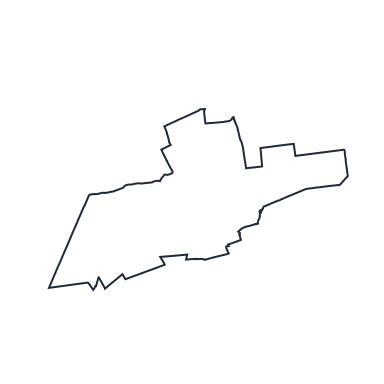 outline of Agigea, Constanta, Romania, rotated 350°
{"feature_id": "2599482B70645181256609", "entity_name": "Agigea", "entity_type": "district", "adm_level": 2, "iso_a3": "ROU", "parent_name": "Romania", "parent_adm1": "Constanta", "projection": "equal_earth", "projection_center": [28.603, 44.096], "detail": "fine", "context": "isolated", "style": "outline", "palette": "slate", "viewbox_px": 384, "rotation_deg": 350, "n_neighbors": 0, "source": "geoboundaries", "source_scale": "gbopen_adm2", "svg_char_len": 5744}
<svg xmlns="http://www.w3.org/2000/svg" viewBox="0 0 384 384"><g transform="rotate(350 192 192)"><path d="M251.2,234.8L251.3,234.6L251.4,234.4L251.5,234.3L251.4,234.2L251.3,233.9L251.4,233.7L251.6,233.2L251.8,232.6L252.3,231.6L252.4,231.4L252.7,231.0L253.2,230.4L253.5,230.1L253.7,229.8L253.9,229.4L254.3,228.8L254.4,228.3L254.4,228.0L254.5,227.4L254.6,226.9L254.8,226.5L255.0,226.1L255.2,225.5L255.3,225.3L255.5,225.0L255.6,224.8L255.8,224.8L256.0,224.9L256.0,225.1L256.1,224.8L256.2,224.6L256.3,224.4L256.2,224.3L256.0,224.6L255.9,224.6L255.7,224.5L255.5,224.3L255.3,224.1L255.2,224.0L255.1,223.7L255.1,223.2L255.2,222.7L255.4,222.3L255.6,222.1L255.9,221.9L256.2,221.8L256.4,221.7L256.7,221.8L256.8,222.0L257.0,222.5L257.3,222.6L257.5,222.6L257.7,222.2L257.9,221.7L258.3,221.1L258.4,220.8L258.6,220.6L258.9,220.6L259.0,220.6L259.0,220.4L259.2,220.1L259.4,219.8L259.8,219.1L260.2,218.8L260.8,218.7L261.6,218.5L263.8,218.1L264.9,217.8L266.6,217.4L267.9,217.0L270.9,216.4L273.2,215.9L275.2,215.4L275.6,215.4L276.0,215.4L276.2,215.5L276.7,215.4L277.2,215.3L277.7,215.0L278.0,214.8L280.0,214.4L281.5,214.1L281.8,214.0L284.6,213.3L289.0,212.3L296.0,210.8L298.6,210.2L299.1,210.2L299.4,210.1L299.6,209.9L303.0,209.2L303.8,209.0L305.0,208.9L308.0,208.9L312.4,209.2L314.3,209.2L317.1,209.3L317.7,209.5L318.3,209.6L318.7,209.6L318.9,209.6L320.1,209.5L325.6,209.8L331.1,210.1L334.3,210.4L337.2,210.5L337.9,210.9L338.3,210.8L339.0,210.5L340.4,209.5L341.7,208.4L343.9,206.7L346.5,204.6L347.5,204.1L347.9,203.7L348.2,203.2L348.3,199.5L348.5,195.1L348.6,191.0L348.7,189.9L348.8,187.4L349.1,186.7L349.0,185.7L349.0,185.1L349.1,184.2L349.1,182.0L349.2,181.1L349.5,177.4L349.2,176.9L348.8,176.7L348.5,176.7L300.1,174.4L300.5,162.3L295.2,161.9L267.1,160.6L265.5,179.0L256.3,178.5L256.3,178.4L249.4,178.0L249.4,177.8L249.4,176.9L249.5,173.4L249.5,170.3L249.6,168.4L249.6,165.3L249.7,164.1L249.7,162.7L249.7,161.6L249.8,160.3L249.8,159.2L249.9,157.7L249.8,156.9L249.8,156.1L249.7,154.5L249.6,153.3L249.5,152.4L249.4,151.4L249.4,151.2L248.9,149.7L248.6,148.6L248.5,147.8L248.3,145.2L248.3,144.1L248.2,142.3L248.1,141.4L248.1,140.4L248.0,138.8L247.9,137.0L247.7,135.8L246.7,131.0L246.1,127.6L246.0,127.1L246.0,126.8L246.0,126.7L245.9,126.8L245.9,126.7L245.6,125.5L244.9,125.6L243.8,127.0L243.4,127.5L243.2,127.6L242.7,128.0L242.4,128.1L242.0,128.3L241.9,128.3L241.7,128.4L241.2,128.5L240.8,128.6L240.5,128.6L240.3,128.6L238.2,128.5L237.4,128.5L237.0,128.4L236.5,128.4L235.6,128.5L234.5,128.5L234.2,128.4L233.1,128.3L232.6,128.3L231.7,128.2L231.1,128.2L230.3,128.1L230.0,128.0L228.1,127.9L227.0,127.8L223.8,127.5L222.2,127.3L221.6,127.2L220.2,127.1L219.3,127.0L217.8,126.9L217.3,126.9L217.1,126.8L217.2,125.0L217.3,123.3L217.7,116.7L217.8,115.3L217.9,114.6L218.3,114.0L219.1,112.6L215.9,112.2L215.0,112.0L214.2,112.0L213.8,112.3L213.4,112.7L212.9,112.9L212.4,113.1L199.3,116.5L192.5,118.2L186.8,119.7L181.5,121.1L176.2,122.6L176.3,122.8L177.3,127.9L177.5,129.2L177.5,129.4L177.6,129.5L177.5,130.2L177.8,132.6L178.1,135.0L178.1,135.7L178.2,136.9L178.1,138.5L178.2,139.0L178.3,139.3L179.1,142.0L169.2,144.9L169.8,147.4L170.5,150.0L171.2,152.2L172.0,154.7L172.8,157.2L172.6,157.2L173.8,160.8L174.8,164.0L175.3,165.3L175.7,166.6L175.9,166.8L176.1,167.0L176.4,169.1L176.2,169.6L175.9,169.9L174.9,170.2L173.7,170.5L171.8,170.8L171.1,170.9L170.8,170.8L168.0,170.1L167.2,170.8L166.6,171.3L165.8,172.0L165.0,172.6L164.4,173.1L164.0,173.6L163.5,174.3L163.2,174.6L162.3,175.8L161.7,175.5L161.3,175.3L160.7,175.2L160.3,175.1L159.8,175.0L158.7,174.9L158.4,174.9L157.2,174.9L156.9,174.9L156.6,174.9L156.2,175.0L155.9,175.1L155.6,175.2L155.2,175.4L154.9,175.4L154.5,175.5L154.3,175.6L153.9,175.6L153.5,175.6L153.2,175.6L152.8,175.5L147.7,175.1L146.1,175.1L144.2,174.9L143.6,174.9L143.3,174.8L142.9,174.8L142.6,174.6L141.7,174.2L139.2,174.0L137.8,174.0L136.7,173.9L136.1,174.0L135.1,174.1L134.5,174.1L133.4,174.1L131.7,173.8L131.1,173.7L130.3,173.7L129.5,173.7L128.7,173.8L128.2,173.9L127.9,174.0L127.2,174.2L126.9,174.3L126.7,174.4L126.5,174.5L126.4,174.6L126.2,174.8L125.6,175.2L125.1,175.7L124.7,175.9L124.4,176.0L119.9,176.8L114.7,177.8L113.5,177.7L109.3,177.9L107.9,177.9L106.5,177.7L106.3,177.7L106.3,177.8L105.6,177.8L105.3,177.8L104.9,177.6L104.1,177.2L103.8,177.2L102.8,177.3L102.7,177.3L100.9,177.4L99.6,177.5L98.5,177.5L97.3,177.5L96.3,177.4L96.0,177.3L95.3,176.9L94.9,176.9L94.3,176.9L93.3,176.9L92.6,176.9L91.5,176.9L90.6,177.1L90.3,177.2L89.9,177.4L83.9,186.8L83.3,187.1L80.3,191.7L78.6,194.4L77.4,196.1L75.8,198.5L73.5,202.1L70.8,206.2L70.0,207.4L69.2,208.6L67.6,211.0L66.8,212.2L63.3,217.7L61.9,219.8L60.9,221.3L60.5,222.0L59.9,222.9L59.4,223.6L58.4,225.2L57.3,226.8L56.6,227.9L55.3,229.8L53.9,231.9L50.6,237.1L48.9,239.6L48.4,240.4L46.9,242.5L39.7,253.6L37.6,256.8L34.5,261.6L34.8,261.6L53.1,262.3L53.5,262.3L70.8,263.0L73.2,263.1L73.7,263.1L74.6,264.4L77.7,271.2L78.6,270.3L79.2,269.8L79.3,269.6L79.7,269.1L80.4,267.9L81.1,268.1L85.0,260.0L85.4,259.9L89.6,271.9L89.6,272.0L109.2,260.9L111.3,266.3L116.4,265.4L152.5,258.9L151.5,255.6L149.5,250.4L160.7,251.5L160.8,251.5L176.4,252.8L174.4,257.5L179.9,258.0L184.7,258.6L184.6,258.9L190.0,259.6L193.0,260.7L193.0,261.0L202.3,260.1L216.7,259.2L217.5,258.9L217.1,257.5L216.6,255.6L216.4,254.9L216.2,253.7L216.1,252.6L216.2,251.6L218.8,251.6L218.3,250.1L225.1,248.9L231.8,247.7L231.6,245.1L231.5,243.6L231.4,242.8L231.3,242.4L231.2,242.1L231.8,241.9L231.7,241.1L232.0,240.6L231.4,239.9L230.6,239.1L231.1,238.8L232.0,238.2L234.6,236.7L235.5,236.3L236.1,236.2L237.3,235.9L239.8,235.5L242.0,235.4L247.9,234.8L248.1,234.6L248.4,234.4L248.6,234.4L248.9,234.5L249.0,234.6L249.2,234.8L249.6,234.8L249.7,234.7L249.9,234.7L250.1,234.7L250.3,234.7L250.7,234.7L251.2,234.8Z" fill="none" stroke="#1e293b" stroke-width="2"/></g></svg>